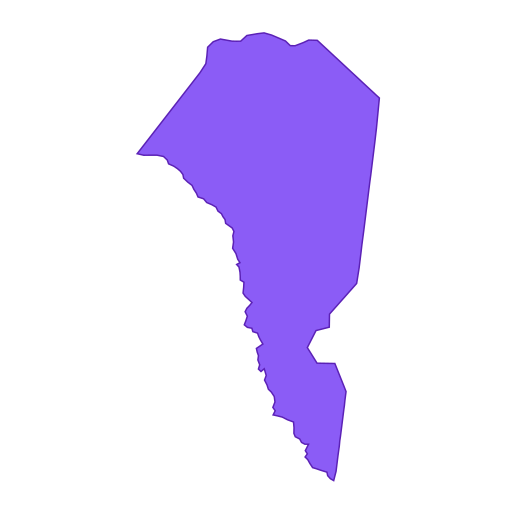 outline of Esperantinópolis, Maranhão, Brazil, rotated 91°
{"feature_id": "56859067B90627563258155", "entity_name": "Esperantinópolis", "entity_type": "district", "adm_level": 2, "iso_a3": "BRA", "parent_name": "Brazil", "parent_adm1": "Maranhão", "projection": "robinson", "projection_center": [-44.82, -4.92], "detail": "fine", "context": "isolated", "style": "filled", "palette": "violet", "viewbox_px": 512, "rotation_deg": 91, "n_neighbors": 0, "source": "geoboundaries", "source_scale": "gbopen_adm2", "svg_char_len": 1984}
<svg xmlns="http://www.w3.org/2000/svg" viewBox="0 0 512 512"><g transform="rotate(91 256 256)"><path d="M479.2,174.4L469.9,172.2L454.6,170.6L447.9,169.8L444.7,169.4L439.2,169.0L434.8,168.4L427.4,167.6L407.9,165.5L403.9,165.0L399.0,164.6L390.0,163.6L384.4,165.9L362.1,175.3L362.1,193.1L350.5,200.6L346.7,203.1L329.5,194.7L325.9,181.5L312.8,181.5L297.5,168.4L281.7,154.9L266.2,152.7L249.9,151.0L243.7,150.4L228.8,148.7L180.0,143.5L173.3,142.7L140.3,139.2L126.1,137.8L95.9,135.4L92.9,138.8L39.3,198.5L39.2,207.1L41.8,212.4L45.1,220.6L45.1,225.4L40.5,230.3L34.8,244.3L32.8,251.8L33.7,258.4L35.7,269.0L41.5,275.1L41.6,279.5L41.6,283.7L39.7,295.4L42.5,302.5L48.1,308.0L56.9,308.6L64.6,309.5L73.7,315.2L82.7,321.9L155.8,376.6L157.2,370.0L157.0,362.7L156.9,356.8L158.1,350.2L161.6,346.4L165.4,345.0L167.5,340.0L170.0,336.1L172.6,333.0L175.8,330.5L179.5,329.7L183.5,325.3L186.5,321.2L190.4,319.3L194.2,316.7L198.0,315.0L199.7,309.4L203.4,306.2L205.5,301.0L207.8,296.8L211.8,294.8L214.3,291.3L217.3,289.7L220.1,287.6L223.9,286.9L226.2,283.5L228.4,280.3L231.8,278.5L236.2,279.5L242.4,278.7L248.7,279.5L253.9,276.1L259.6,274.2L263.0,271.9L264.8,275.2L267.4,272.8L272.6,271.7L276.5,271.4L280.3,271.3L282.4,267.6L287.7,267.8L293.3,268.3L296.6,266.0L299.7,262.4L302.6,259.2L305.4,261.4L308.4,264.2L311.9,265.9L316.3,263.6L320.9,265.0L325.0,266.5L327.5,263.4L328.3,258.9L331.7,257.8L333.1,253.1L336.6,251.8L339.5,250.3L343.9,247.6L346.3,251.0L348.4,254.0L352.1,253.1L355.6,251.8L359.9,252.3L364.7,250.4L369.0,251.6L371.4,249.0L368.6,245.8L375.3,243.7L379.9,245.3L384.8,242.7L389.0,241.3L391.8,238.3L396.2,235.3L401.6,234.5L407.1,236.5L410.4,234.1L414.6,236.1L415.5,231.6L416.6,227.0L419.2,221.6L421.3,215.6L426.9,215.0L432.7,215.0L436.0,213.6L438.2,209.1L441.6,207.2L443.3,203.9L443.3,200.2L449.8,203.3L452.9,201.2L456.1,203.4L458.7,200.7L462.5,198.5L466.6,195.7L467.6,192.1L469.1,187.5L470.9,181.3L474.4,180.5L477.4,177.7L479.2,174.4Z" fill="#8b5cf6" stroke="#5b21b6" stroke-width="1.5"/></g></svg>